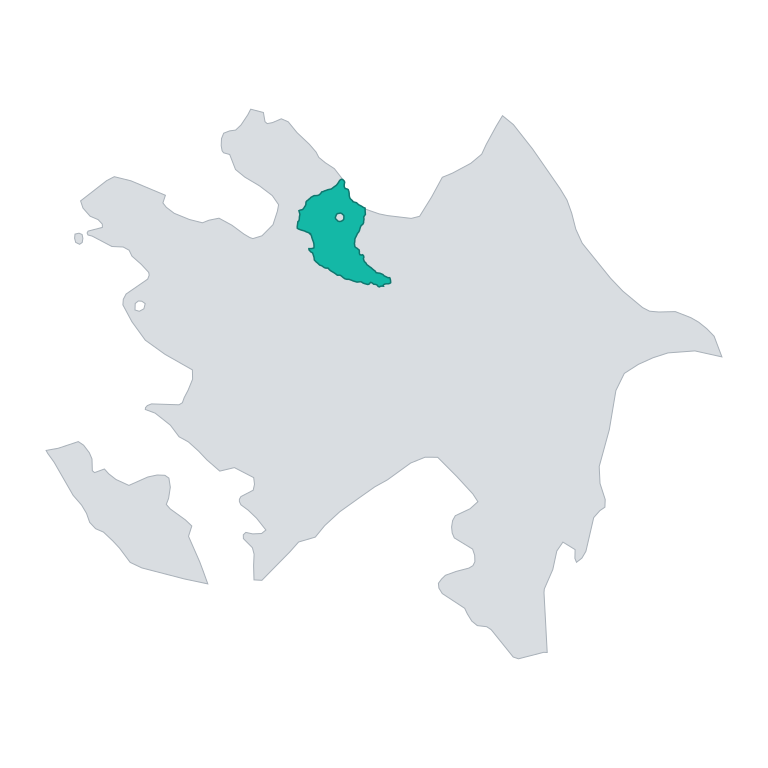 location of Shaki District, Şəki, Azerbaijan
{"feature_id": "54616110B25010354244926", "entity_name": "Shaki District", "entity_type": "district", "adm_level": 2, "iso_a3": "AZE", "parent_name": "Azerbaijan", "parent_adm1": "Şəki", "projection": "orthographic", "projection_center": [47.215, 41.108], "detail": "fine", "context": "in_parent", "style": "filled", "palette": "teal", "viewbox_px": 768, "rotation_deg": 0, "n_neighbors": 0, "source": "geoboundaries", "source_scale": "gbopen_adm2", "svg_char_len": 6236}
<svg xmlns="http://www.w3.org/2000/svg" viewBox="0 0 768 768"><path d="M547.2,652.5L543.7,652.3L518.5,658.8L513.2,657.0L491.2,629.7L486.7,626.7L477.3,625.6L471.8,621.1L467.3,613.8L464.7,608.3L442.3,593.6L438.9,588.1L438.4,583.3L441.6,579.0L445.4,575.3L456.2,571.4L468.9,568.1L472.9,565.7L474.9,561.7L474.7,555.4L472.6,549.1L454.3,537.9L452.2,533.0L451.6,527.0L452.6,520.6L455.3,515.7L470.0,508.8L477.9,501.7L472.9,494.0L456.8,476.5L437.7,457.3L425.1,457.2L410.7,463.0L387.5,479.8L374.7,486.9L358.0,498.7L339.7,511.8L324.7,525.6L315.3,537.1L298.6,542.0L290.1,551.6L261.9,580.3L254.0,579.9L253.6,565.5L254.1,554.2L252.4,547.7L243.4,538.6L243.3,534.8L245.8,532.4L252.7,533.9L261.6,533.5L265.9,530.0L256.5,518.1L248.1,510.1L240.9,504.8L239.4,501.6L239.4,499.3L240.9,496.6L253.2,490.2L254.5,484.3L253.7,477.6L234.4,467.6L219.8,471.1L206.9,459.9L198.7,451.2L188.4,441.9L179.1,436.8L170.4,425.2L155.1,413.1L145.3,409.5L145.5,407.7L147.3,405.6L151.5,403.9L179.0,404.8L182.4,402.7L184.2,397.6L188.1,390.2L192.6,379.2L192.4,369.9L165.1,354.4L145.3,340.2L131.9,321.7L122.9,304.9L123.3,299.3L126.1,294.0L147.7,279.1L149.2,275.2L148.7,272.4L141.3,264.4L132.0,256.2L129.1,250.2L123.2,247.0L111.9,246.5L92.2,236.1L88.0,235.0L87.1,233.0L88.1,231.1L102.4,227.4L102.3,224.1L98.1,219.6L90.1,216.2L83.0,208.1L80.6,200.9L106.7,180.6L114.3,176.7L130.9,180.8L165.4,195.3L162.9,202.9L166.3,207.3L174.2,213.3L189.4,219.5L202.4,222.8L209.0,220.2L219.0,218.2L231.9,225.2L243.8,234.0L249.7,237.5L252.9,238.6L262.0,235.8L273.0,224.7L277.4,211.2L278.6,204.7L272.3,195.6L259.4,185.8L244.8,177.1L235.5,169.5L229.7,154.5L223.6,152.8L222.1,150.8L221.2,145.7L221.5,138.6L223.7,133.2L229.6,130.9L235.6,130.1L241.0,125.0L247.8,114.8L250.7,109.2L263.4,112.5L265.0,121.7L267.2,123.6L272.5,122.6L281.3,118.8L288.2,121.8L297.1,132.7L309.4,144.3L316.1,152.1L318.8,157.4L325.1,162.6L334.4,168.7L341.8,178.2L348.4,200.4L355.1,205.6L379.2,213.9L387.6,215.6L411.3,218.4L419.6,216.3L431.6,197.0L442.3,177.3L452.5,173.1L470.8,163.3L481.7,154.2L486.2,144.5L496.3,126.0L502.5,115.7L513.4,124.6L532.6,149.0L560.2,188.8L567.0,200.1L571.7,213.2L575.8,229.2L582.2,243.2L610.5,278.2L622.8,291.1L642.6,307.6L649.6,311.2L658.7,312.0L675.3,311.6L690.9,317.7L698.7,322.2L706.8,328.7L714.1,336.2L721.9,356.9L694.9,350.9L668.0,352.9L652.9,357.8L638.3,364.4L624.3,373.4L615.9,390.5L609.3,429.7L599.2,466.5L600.0,483.4L605.2,499.5L604.9,507.2L599.9,510.6L593.7,517.6L585.9,551.3L581.9,558.1L576.5,562.3L574.9,558.4L575.1,549.6L562.9,542.1L556.8,551.0L552.8,569.5L544.3,589.0L544.0,592.7L547.2,652.5ZM143.9,308.8L145.2,303.6L141.8,301.2L138.3,301.0L135.2,303.5L135.0,310.0L139.3,311.3L143.9,308.8ZM51.8,459.0L47.8,453.5L46.1,450.4L58.1,448.3L78.3,441.6L83.6,445.2L89.3,452.7L92.0,459.0L92.3,470.7L94.6,472.6L104.4,469.0L108.7,473.8L116.0,479.5L128.9,485.4L147.8,477.0L157.2,475.0L164.9,475.3L168.9,478.1L170.3,487.2L168.6,498.3L166.3,504.4L170.2,508.9L185.4,519.9L191.8,526.0L188.5,536.3L199.7,561.8L203.4,571.7L207.8,583.9L184.2,578.9L141.8,567.9L130.2,562.4L119.5,548.1L113.0,541.1L103.5,532.1L95.6,528.7L89.7,522.4L86.5,513.3L81.6,505.1L73.1,495.3L54.2,462.4L51.8,459.0ZM82.2,242.5L79.6,244.3L75.7,242.4L74.6,238.3L75.0,234.1L79.0,233.2L82.1,234.5L82.9,238.4L82.2,242.5Z" fill="#d9dde1" stroke="#a8b0b8" stroke-width="1"/><path d="M389.7,277.7L388.0,277.7L387.3,277.4L385.6,276.5L384.2,275.9L382.9,274.5L379.9,273.2L378.7,273.1L376.2,272.7L375.1,271.0L373.8,270.1L372.5,269.0L371.0,267.6L369.7,266.8L368.5,265.8L366.9,264.7L365.8,262.8L364.4,261.6L363.9,260.4L363.4,258.6L363.9,257.1L363.4,255.4L362.3,254.7L361.5,255.1L359.8,254.6L359.3,253.0L359.4,251.4L359.1,249.9L358.0,249.1L357.0,248.2L356.0,247.7L354.8,246.6L354.7,245.3L354.4,243.3L354.7,242.2L354.8,240.8L354.9,238.8L355.5,237.6L355.8,237.0L356.6,235.4L357.5,233.4L358.5,232.3L359.4,230.7L360.0,228.3L360.1,228.2L360.5,226.9L361.2,225.5L362.8,224.3L363.6,222.7L363.6,221.5L364.0,219.2L363.7,216.9L364.7,215.4L365.4,214.4L365.2,211.8L365.1,209.7L365.1,208.1L363.5,207.5L361.4,206.1L358.6,204.7L356.5,202.7L354.6,202.2L352.8,201.6L352.6,200.8L351.3,199.7L350.1,198.5L349.5,196.9L349.2,195.1L349.2,193.6L348.9,191.6L348.2,189.6L347.1,189.0L345.1,188.5L344.2,186.6L344.2,185.1L344.4,183.6L344.7,182.2L344.1,180.9L342.6,179.4L342.4,179.4L341.2,179.3L339.7,180.4L338.9,181.7L338.3,182.7L337.1,184.4L336.2,185.4L334.0,186.9L333.0,187.7L331.3,189.0L328.8,189.5L327.8,189.7L326.4,190.3L324.2,191.0L323.5,191.5L321.7,191.9L320.6,193.6L318.8,195.1L317.3,195.5L315.9,195.6L314.2,195.6L313.4,196.0L312.1,196.7L310.7,197.5L310.0,198.4L309.2,199.1L308.8,199.2L307.9,200.2L307.0,200.7L306.1,201.8L305.9,203.0L305.9,204.4L305.1,206.2L304.6,206.7L304.2,207.6L303.5,208.4L302.7,209.5L300.9,210.0L300.4,210.0L298.9,210.7L299.3,212.1L299.9,214.3L299.4,216.9L299.3,219.0L298.9,220.8L297.9,221.6L297.7,223.1L297.5,224.6L297.2,226.7L297.3,228.3L298.7,229.1L300.2,229.7L301.1,230.0L302.8,230.5L304.6,231.0L305.7,231.6L307.4,232.3L308.5,232.6L309.0,233.0L309.7,233.3L309.4,233.4L311.3,235.3L311.8,237.4L312.6,239.8L313.1,241.0L313.6,242.6L313.9,243.9L314.0,245.9L314.0,247.3L313.8,248.0L311.5,248.6L308.9,248.6L309.0,249.9L310.9,252.0L312.5,252.8L313.1,254.4L314.1,257.6L314.3,260.0L314.5,260.2L315.2,260.9L316.1,261.9L317.5,263.0L319.7,265.1L321.8,265.8L324.3,267.6L325.8,268.1L328.0,268.1L328.2,268.4L329.8,270.1L331.0,271.0L332.4,271.8L334.4,273.0L336.2,274.3L337.3,275.2L340.1,275.2L341.4,276.0L343.1,277.5L344.9,278.8L346.8,279.3L348.9,279.3L351.7,280.3L353.0,280.9L354.6,281.4L355.0,281.5L357.0,282.1L359.7,281.8L361.2,281.8L363.1,283.1L364.9,283.7L366.4,284.1L367.9,284.5L369.4,283.9L370.3,282.6L370.8,282.3L372.4,283.1L373.6,284.2L375.5,284.4L376.8,284.8L378.2,286.5L379.4,286.9L380.7,286.2L382.1,286.1L383.4,286.2L383.2,285.8L383.1,285.4L383.9,284.5L385.1,284.0L386.4,283.8L387.2,283.8L388.0,283.8L388.7,283.7L389.7,283.4L390.6,282.8L390.7,282.3L390.6,281.2L390.5,280.1L390.1,278.6L389.7,277.7ZM342.0,220.8L341.1,221.3L339.3,221.5L337.9,221.1L336.8,219.9L335.9,219.1L335.6,218.7L335.3,217.7L335.6,216.8L335.7,216.5L336.1,215.4L336.7,214.2L337.7,213.5L339.0,213.4L340.3,213.0L341.6,213.5L341.9,213.6L342.5,214.3L343.6,215.2L343.9,215.9L343.9,217.5L343.8,219.1L343.2,220.0L342.2,220.7L342.0,220.8Z" fill="#14b8a6" stroke="#0f766e" stroke-width="1.5"/></svg>